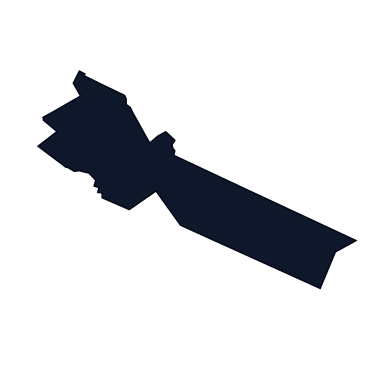 Herkimer, New York, United States of America, rotated 120°
{"feature_id": "52423323B32160257293354", "entity_name": "Herkimer", "entity_type": "district", "adm_level": 2, "iso_a3": "USA", "parent_name": "United States of America", "parent_adm1": "New York", "projection": "albers", "projection_center": [-74.979, 43.461], "detail": "fine", "context": "isolated", "style": "filled", "palette": "ink", "viewbox_px": 384, "rotation_deg": 120, "n_neighbors": 0, "source": "geoboundaries", "source_scale": "gbopen_adm2", "svg_char_len": 708}
<svg xmlns="http://www.w3.org/2000/svg" viewBox="0 0 384 384"><g transform="rotate(120 192 192)"><path d="M163.1,151.7L169.4,226.1L165.0,227.5L163.7,230.5L161.2,232.9L155.8,232.7L153.0,244.9L160.6,249.5L170.8,253.1L153.2,282.5L149.7,287.7L149.1,292.8L144.3,295.6L142.1,298.7L142.7,306.5L144.3,328.0L145.3,343.7L143.3,343.8L143.6,350.0L157.1,349.2L164.6,336.5L192.6,352.7L201.8,358.3L204.1,356.4L207.1,339.1L229.3,348.2L233.6,313.4L232.9,312.6L232.9,304.4L229.8,300.1L229.1,297.3L227.1,290.7L229.9,281.2L235.8,279.7L234.7,274.8L239.5,273.4L237.7,269.4L241.9,266.9L238.6,237.6L209.1,223.7L226.5,185.3L211.4,32.8L172.2,37.9L152.1,25.7L163.1,151.7Z" fill="#0f172a" stroke="#020617" stroke-width="1.5"/></g></svg>